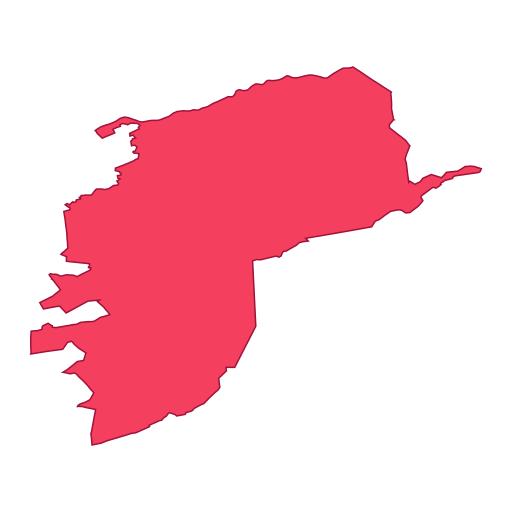 Mētrienas pag., Madona, Latvia
{"feature_id": "27541924B91196671574766", "entity_name": "Mētrienas pag.", "entity_type": "district", "adm_level": 2, "iso_a3": "LVA", "parent_name": "Latvia", "parent_adm1": "Madona", "projection": "equal_earth", "projection_center": [26.346, 56.675], "detail": "fine", "context": "isolated", "style": "filled", "palette": "rose", "viewbox_px": 512, "rotation_deg": 0, "n_neighbors": 0, "source": "geoboundaries", "source_scale": "gbopen_adm2", "svg_char_len": 5854}
<svg xmlns="http://www.w3.org/2000/svg" viewBox="0 0 512 512"><path d="M279.1,257.1L280.8,256.2L281.3,255.5L281.9,254.0L281.8,253.6L282.8,252.1L284.3,251.2L286.5,251.0L289.8,248.9L296.3,245.3L299.5,242.5L303.7,241.6L308.3,241.0L305.7,238.3L347.2,231.2L371.7,226.8L375.3,221.1L379.1,219.7L384.6,215.5L390.5,211.4L398.0,209.8L401.6,210.2L405.1,212.6L405.8,212.9L409.7,212.6L410.0,212.5L418.5,206.0L422.8,200.9L422.9,200.5L421.1,197.6L421.0,196.8L421.1,196.5L421.6,195.7L425.9,192.5L426.8,191.8L427.9,191.0L432.3,187.7L432.9,187.4L433.4,187.4L434.1,187.6L435.6,188.1L435.8,188.1L436.7,187.8L441.1,184.6L441.1,184.3L440.7,183.3L440.9,182.9L443.5,181.6L444.4,180.7L444.6,180.5L452.1,178.6L452.5,178.3L452.8,177.9L453.0,177.6L453.2,176.8L453.3,176.6L453.6,176.4L455.6,175.8L477.9,172.6L479.0,172.2L479.7,171.9L480.2,171.4L481.3,168.7L473.9,166.4L469.3,166.1L466.6,166.6L465.5,166.3L460.0,169.8L457.7,171.1L448.3,172.1L446.3,172.4L444.1,175.1L441.5,177.7L431.6,174.6L431.3,174.5L423.0,178.2L422.8,178.3L420.4,181.6L415.3,184.1L415.1,184.4L409.6,181.1L408.8,182.2L407.8,175.6L406.3,163.0L405.3,159.9L405.0,159.7L405.6,157.2L406.6,154.1L409.8,146.0L409.7,146.0L409.2,145.2L408.7,144.5L405.6,140.3L389.6,127.9L389.3,124.8L389.4,124.7L393.4,119.9L393.8,119.8L393.6,119.7L391.5,108.6L391.6,104.5L391.4,99.6L390.8,93.2L391.4,92.1L385.4,88.3L377.8,83.3L372.0,79.7L362.9,73.5L356.5,69.3L353.8,67.5L352.9,67.0L351.6,67.5L349.6,67.9L347.5,68.1L344.9,68.1L343.2,68.2L341.8,68.8L334.5,72.9L331.5,74.9L327.4,77.8L325.6,78.1L324.3,78.0L323.5,77.8L320.5,76.9L316.9,76.0L313.0,75.2L310.8,75.0L309.3,75.0L303.9,76.1L300.0,77.2L297.4,77.7L295.8,77.8L293.8,77.8L292.4,77.6L291.0,77.1L289.2,76.2L287.5,75.8L286.5,75.9L285.8,76.5L284.4,77.2L282.5,78.4L281.0,79.1L279.2,79.7L277.3,80.2L273.3,80.6L271.7,80.6L269.9,80.4L268.1,80.4L267.4,80.5L266.4,81.1L263.7,84.0L262.9,84.3L261.5,84.6L256.7,83.9L255.0,84.2L253.1,85.4L250.9,86.9L249.2,88.7L247.7,89.9L246.0,90.4L244.1,90.6L243.1,90.6L242.1,90.4L240.8,90.0L239.3,89.7L238.2,90.0L237.1,90.5L236.4,91.0L235.7,91.9L235.1,93.8L233.6,95.8L232.7,96.5L231.9,96.7L230.1,96.8L228.7,96.6L227.5,96.9L225.2,98.1L220.9,100.0L217.3,101.7L213.1,103.4L207.9,106.5L204.9,107.5L202.5,108.0L201.3,108.5L199.1,109.8L198.0,110.1L197.3,110.2L196.4,110.1L194.5,109.8L193.5,109.8L192.2,110.1L191.2,110.6L189.5,110.9L185.9,111.0L184.0,110.7L177.2,111.5L173.5,113.0L169.1,116.3L167.1,117.1L164.5,118.0L160.4,119.7L159.0,120.1L158.0,120.3L151.6,120.4L149.2,120.7L146.4,121.3L142.5,122.0L140.3,121.8L138.7,121.4L136.4,120.4L132.4,119.1L128.4,117.7L124.9,117.1L122.8,117.5L120.6,118.2L118.7,119.3L116.9,120.7L114.0,122.2L109.1,124.2L105.3,125.2L101.0,126.8L98.4,128.3L96.4,129.6L95.2,130.6L96.0,131.3L97.3,133.5L102.3,138.2L106.1,136.5L112.1,134.1L114.8,132.9L112.9,129.3L116.2,127.7L120.4,126.3L119.9,124.7L122.9,123.5L127.7,124.7L130.7,123.1L137.4,123.5L140.1,125.2L138.3,127.3L139.2,128.8L129.7,133.4L130.0,136.1L132.9,135.1L135.6,138.0L132.4,138.9L132.4,139.8L130.8,141.3L131.5,145.7L134.8,145.2L137.1,147.0L135.1,151.2L133.2,151.4L132.9,152.1L134.0,153.2L135.7,153.2L139.0,153.7L138.1,158.7L136.0,159.2L133.9,160.7L128.9,162.9L116.5,167.8L115.5,168.0L115.2,170.6L118.3,171.4L119.5,171.8L119.7,172.0L119.7,172.6L121.0,173.1L121.0,175.0L117.4,175.6L117.8,178.1L120.0,179.0L116.8,181.1L118.5,183.5L118.0,185.0L113.5,185.5L110.8,187.4L108.3,188.9L106.6,189.1L104.2,189.6L102.5,189.1L101.6,189.0L96.7,189.0L96.1,189.3L95.8,189.6L95.4,190.1L94.9,190.6L93.9,191.8L91.5,195.1L84.7,195.1L84.3,195.4L81.7,195.4L81.1,195.5L80.8,196.9L79.3,197.3L79.3,197.5L80.7,198.7L80.7,198.8L80.6,199.0L76.7,199.8L76.1,200.2L76.4,201.3L74.1,202.5L72.7,201.8L69.4,204.8L69.1,204.7L67.1,203.5L65.2,204.8L68.5,207.2L69.7,207.2L70.0,209.7L63.8,211.5L65.0,218.7L66.0,227.1L66.3,228.8L66.5,231.1L66.8,232.5L67.1,238.9L67.4,241.3L67.6,244.1L67.5,245.6L67.7,246.2L67.9,248.1L62.9,252.5L62.4,252.7L60.9,254.4L66.6,256.7L66.5,257.0L66.4,257.0L66.4,261.3L82.5,263.0L85.5,263.2L89.5,263.8L89.4,265.4L89.5,266.2L88.6,266.7L88.5,267.7L90.9,267.9L90.3,269.0L90.6,269.8L80.3,274.9L77.1,276.6L73.3,275.2L66.2,274.8L60.8,276.2L57.1,274.5L54.2,274.2L53.3,274.3L50.3,273.7L49.1,274.8L52.0,278.7L51.8,279.0L52.1,279.0L54.3,281.7L60.5,289.8L53.4,295.5L53.2,295.9L39.8,302.6L41.3,305.3L43.5,309.0L52.4,307.2L59.6,306.1L66.1,313.0L88.0,301.1L99.4,300.1L97.5,301.6L103.6,307.0L109.7,314.3L109.8,314.6L107.8,315.3L102.7,316.8L100.5,317.3L94.1,321.3L91.3,321.6L90.0,321.7L88.0,321.6L80.4,322.4L76.9,324.2L71.8,324.8L69.3,325.4L66.5,325.8L59.2,327.1L56.0,327.6L52.2,327.2L52.3,325.8L50.5,324.9L48.2,323.3L47.0,323.8L43.4,325.5L42.5,326.1L42.1,327.1L42.1,329.2L40.8,329.7L37.3,330.7L31.2,331.1L30.8,336.5L30.7,340.6L30.9,349.2L31.1,352.3L30.7,354.0L47.5,351.3L62.7,349.3L67.6,342.3L71.6,341.3L75.2,345.2L79.2,348.6L85.9,352.8L83.6,360.5L77.3,361.5L71.7,366.1L67.3,369.6L62.9,372.3L64.5,372.6L65.6,372.7L68.2,373.4L69.7,373.7L71.0,373.7L72.5,373.4L73.7,373.1L74.5,373.0L75.6,373.4L76.0,373.7L79.4,377.4L83.2,380.8L86.3,384.1L88.6,386.7L89.4,387.9L93.8,392.8L90.1,399.5L89.1,400.2L86.9,401.4L84.5,402.5L82.6,403.1L80.4,403.9L79.5,404.3L78.0,405.5L77.4,406.4L77.4,406.6L78.8,406.3L80.4,406.6L81.1,406.4L83.2,406.8L85.8,407.5L95.6,409.5L93.5,420.7L91.5,431.8L90.9,433.6L91.6,439.4L92.0,445.0L101.0,443.2L107.6,440.6L126.4,435.0L131.7,433.3L135.8,432.8L149.4,426.7L149.6,426.5L149.1,425.9L149.0,425.6L149.1,425.3L159.6,420.6L161.0,420.4L161.8,420.1L163.5,418.0L166.4,416.1L168.3,413.4L168.9,413.0L170.3,413.0L171.2,413.2L175.4,414.7L176.5,415.9L177.1,415.9L185.0,414.4L185.4,414.1L185.9,412.7L191.1,411.1L191.5,411.0L192.8,410.2L194.0,408.6L194.2,408.4L201.4,404.5L203.9,403.6L204.2,403.2L209.5,397.7L214.8,392.7L218.0,390.0L219.8,387.4L218.7,378.3L226.4,370.9L226.0,367.3L234.7,367.4L255.8,326.2L252.6,260.8L256.4,259.6L260.6,259.8L275.8,256.1L279.1,257.1Z" fill="#f43f5e" stroke="#9f1239" stroke-width="1.5"/></svg>